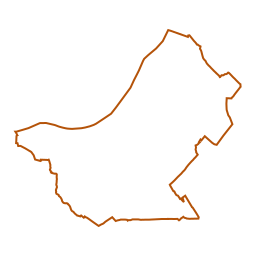 Rasova, Constanta, Romania
{"feature_id": "2599482B79501903079205", "entity_name": "Rasova", "entity_type": "district", "adm_level": 2, "iso_a3": "ROU", "parent_name": "Romania", "parent_adm1": "Constanta", "projection": "albers", "projection_center": [27.997, 44.248], "detail": "fine", "context": "isolated", "style": "outline", "palette": "amber", "viewbox_px": 256, "rotation_deg": 0, "n_neighbors": 0, "source": "geoboundaries", "source_scale": "gbopen_adm2", "svg_char_len": 5232}
<svg xmlns="http://www.w3.org/2000/svg" viewBox="0 0 256 256"><path d="M15.4,131.7L16.2,133.0L16.9,134.3L16.9,134.2L17.1,134.9L17.2,135.2L17.3,135.3L16.9,135.5L16.6,135.8L16.5,136.0L16.3,140.6L16.1,143.1L17.5,143.2L18.2,146.0L20.4,145.9L20.7,146.0L24.5,148.0L25.1,148.3L31.3,152.0L33.7,155.3L35.1,159.5L39.7,160.8L39.7,160.7L40.2,160.9L40.5,160.9L41.1,160.6L41.0,159.7L46.7,159.9L47.7,160.0L48.3,159.9L48.7,159.7L49.1,160.6L50.4,165.0L50.3,165.3L50.3,165.6L50.3,166.5L50.4,167.3L50.6,167.8L49.9,169.7L50.2,170.5L50.5,170.6L51.1,171.8L51.2,172.0L51.5,172.2L51.2,172.6L51.9,173.0L54.6,173.7L54.8,173.7L55.2,173.7L55.8,173.7L56.1,173.7L56.4,173.9L56.7,174.2L56.8,174.5L56.8,174.9L56.7,176.0L56.7,178.0L56.9,178.9L56.8,179.9L56.7,180.1L56.7,180.4L56.7,181.3L56.6,182.2L56.6,182.6L56.6,183.0L56.4,183.7L56.3,184.6L56.3,185.0L56.6,185.5L56.8,186.2L56.9,186.8L56.9,187.5L56.4,188.5L56.2,189.3L55.9,190.0L56.1,191.4L56.2,191.7L56.1,191.9L56.1,192.0L56.0,192.5L56.2,193.0L56.4,193.7L56.7,193.9L57.6,194.4L58.1,194.6L58.5,194.8L58.7,195.1L58.8,195.5L59.0,196.1L59.4,196.4L59.8,196.7L60.3,197.1L61.3,198.6L61.9,200.0L62.0,200.8L62.8,202.1L63.4,202.7L63.6,202.9L64.4,203.1L65.2,203.3L66.7,203.2L67.5,203.5L67.9,203.8L68.2,204.2L68.1,204.3L69.2,205.3L69.5,205.7L70.3,207.2L70.7,208.7L70.9,209.0L71.3,210.1L71.6,210.5L72.1,211.1L73.5,211.9L74.1,212.7L74.2,212.8L74.8,213.5L76.2,214.7L76.8,215.1L77.2,215.6L78.1,215.7L78.5,215.9L79.4,216.1L79.9,216.2L80.2,216.4L81.1,215.5L83.8,217.7L84.4,217.0L84.7,216.7L84.8,216.5L85.2,216.8L85.6,217.2L86.3,217.4L87.1,217.8L87.6,218.1L88.1,218.5L89.3,219.3L91.2,220.7L93.3,222.2L98.6,225.9L100.6,224.8L101.3,224.4L102.6,223.9L103.5,223.4L105.4,221.7L112.2,217.2L115.7,221.0L117.5,220.4L119.0,220.1L119.9,219.9L120.4,219.7L120.7,219.6L125.0,219.6L127.0,219.8L127.7,220.6L128.1,220.1L130.7,220.1L132.5,219.4L138.3,219.4L140.6,219.8L144.4,219.7L148.4,219.7L161.9,219.0L168.2,219.0L168.2,218.9L174.6,219.0L177.5,218.9L179.0,220.3L180.0,219.6L180.3,219.3L180.8,218.6L181.3,218.2L182.0,217.8L182.6,217.4L183.3,216.8L183.7,217.2L184.6,217.8L186.1,218.2L186.6,218.5L189.3,218.8L198.4,218.6L198.7,217.2L197.3,214.8L195.8,212.4L192.7,207.6L192.4,207.4L192.0,207.2L191.9,206.9L185.2,195.7L184.1,196.5L182.5,197.6L182.9,198.8L183.9,202.1L182.5,200.7L181.2,199.3L180.7,198.6L180.0,198.9L179.7,198.4L179.2,197.5L178.9,197.1L178.2,196.0L178.0,195.7L176.9,195.3L176.3,195.0L176.0,194.5L175.1,193.1L174.6,191.9L174.3,191.4L174.0,191.2L173.6,191.3L173.4,191.2L173.1,190.7L171.8,188.5L171.5,187.9L170.5,186.2L169.8,184.7L170.8,183.8L172.3,182.5L174.6,180.3L178.1,176.6L179.1,175.7L180.3,174.5L181.1,173.8L182.9,171.7L183.7,170.9L184.2,170.5L185.3,169.1L186.4,167.4L187.5,166.0L188.6,164.6L188.9,164.3L190.5,162.5L192.1,160.8L192.9,160.1L194.4,158.3L195.1,157.7L197.7,154.7L196.2,152.4L196.2,151.6L195.6,149.5L196.0,147.5L195.6,145.4L195.8,145.3L196.8,145.0L198.3,143.9L198.7,143.2L198.8,142.9L199.0,142.8L199.4,142.7L199.7,142.4L199.0,142.0L200.5,139.5L201.4,140.4L204.8,136.2L212.3,142.9L213.4,143.6L213.7,143.9L214.3,144.2L215.2,144.5L215.7,144.6L216.3,144.6L216.7,144.8L223.4,135.6L232.4,124.2L229.8,117.4L228.3,115.3L226.7,110.0L226.6,108.7L226.4,103.7L226.7,98.3L226.7,98.2L231.3,98.4L231.5,98.4L231.8,97.7L232.8,96.8L233.2,96.4L233.9,95.5L234.3,94.8L237.0,91.3L238.3,89.7L239.6,88.0L240.3,87.0L240.6,86.8L240.4,84.2L240.0,84.0L239.0,83.1L238.2,82.3L236.4,80.5L236.1,80.2L234.7,78.7L233.7,77.8L232.1,76.2L231.7,75.7L231.2,75.2L230.7,74.7L230.0,73.9L229.6,73.6L229.1,73.1L228.9,72.9L228.6,72.7L228.4,72.6L228.1,72.6L227.8,72.9L227.7,73.1L227.3,73.5L227.1,73.6L226.8,73.8L226.6,73.9L226.4,74.0L226.1,74.1L225.7,74.1L225.3,74.1L225.1,74.1L224.8,74.2L224.7,74.3L224.3,74.6L224.2,74.7L224.0,74.9L223.7,75.0L223.2,75.3L222.9,75.4L222.7,75.4L222.4,75.3L222.1,75.2L221.9,75.2L221.7,75.2L221.3,75.5L221.1,75.8L220.4,76.7L220.3,76.8L220.2,77.0L219.9,77.1L219.8,76.9L219.7,76.8L219.5,76.5L219.3,76.1L219.1,75.8L218.9,75.6L218.7,75.4L218.5,75.2L217.1,73.9L216.7,73.6L216.5,73.4L216.4,73.2L216.2,73.1L216.1,72.9L215.8,72.7L215.7,72.5L215.2,72.1L214.4,71.3L214.1,71.1L213.8,70.7L213.6,70.5L213.4,70.4L213.2,70.1L212.8,69.7L212.6,69.5L212.0,68.9L211.7,68.6L211.0,67.9L210.6,67.4L210.0,66.8L209.8,66.5L209.4,66.2L208.8,65.6L208.5,65.4L208.4,65.3L208.3,65.1L207.5,64.2L207.0,63.7L206.7,63.2L206.4,62.7L205.7,61.3L205.4,60.7L205.2,60.6L204.9,60.3L204.4,59.8L204.2,59.6L203.6,58.8L203.2,58.1L203.0,57.8L202.9,57.2L202.5,55.9L201.4,51.6L201.3,51.2L201.1,50.8L201.0,50.5L200.7,49.9L200.4,49.5L200.3,49.3L200.2,49.2L200.1,48.9L200.0,48.6L200.1,48.3L200.3,47.5L200.5,46.4L199.3,45.8L198.5,45.3L197.7,44.6L197.3,44.7L197.1,44.7L196.6,44.1L196.4,43.7L196.1,43.4L195.9,43.0L195.1,42.1L194.5,41.5L193.7,40.6L191.8,38.2L189.7,35.6L189.4,35.3L188.2,35.5L187.9,36.9L170.7,30.8L168.2,30.1L162.8,41.1L156.1,48.5L150.0,53.6L148.0,55.3L144.2,58.8L143.1,60.8L138.9,70.5L137.3,73.7L134.0,80.1L132.9,82.5L130.5,87.7L120.9,100.8L115.8,107.7L111.1,113.7L104.7,118.0L96.1,123.7L93.7,124.9L89.8,126.3L85.2,127.5L81.5,128.2L80.2,128.3L72.1,128.9L70.1,128.8L67.5,128.6L65.7,128.3L62.6,127.6L59.3,126.7L57.6,126.1L56.4,125.6L54.7,125.0L46.1,123.0L39.9,123.1L28.5,128.1L22.5,129.9L16.6,131.6L15.8,131.7L15.4,131.7Z" fill="none" stroke="#b45309" stroke-width="2"/></svg>